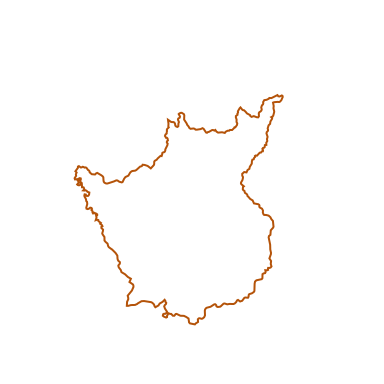 the district of Presidente Olegário, Minas Gerais, Brazil, rotated 35°
{"feature_id": "56859067B97776867728690", "entity_name": "Presidente Olegário", "entity_type": "district", "adm_level": 2, "iso_a3": "BRA", "parent_name": "Brazil", "parent_adm1": "Minas Gerais", "projection": "albers", "projection_center": [-46.371, -18.162], "detail": "fine", "context": "isolated", "style": "outline", "palette": "amber", "viewbox_px": 384, "rotation_deg": 35, "n_neighbors": 0, "source": "geoboundaries", "source_scale": "gbopen_adm2", "svg_char_len": 6068}
<svg xmlns="http://www.w3.org/2000/svg" viewBox="0 0 384 384"><g transform="rotate(35 192 192)"><path d="M206.4,63.6L203.2,69.5L201.4,70.6L201.4,71.6L200.2,73.7L198.5,75.3L198.7,77.6L199.5,78.4L199.9,79.6L199.6,80.9L200.2,83.0L201.7,84.3L202.1,85.4L202.0,86.6L201.4,88.0L201.5,89.1L203.4,91.6L203.4,92.9L202.2,93.6L199.1,94.4L197.7,96.3L196.2,96.3L195.4,95.7L191.9,96.1L189.8,95.5L187.7,95.2L186.8,95.7L185.8,95.7L183.2,94.9L183.0,96.1L183.3,99.6L184.2,100.6L184.2,101.7L185.0,102.6L184.4,104.6L185.1,105.7L187.0,107.1L188.3,109.1L189.7,109.8L190.4,111.3L190.4,114.2L189.7,114.6L189.8,115.7L189.3,118.2L187.5,119.4L187.3,120.4L186.0,121.4L185.0,123.4L185.0,124.8L182.4,125.8L179.3,128.4L177.4,128.5L175.5,127.8L175.1,128.9L174.1,129.0L173.0,129.6L171.4,133.0L170.6,133.9L170.3,134.9L169.4,135.2L165.3,133.6L164.0,133.7L163.0,135.5L160.3,138.1L159.1,138.9L157.9,138.7L156.8,139.1L154.5,141.1L152.9,141.0L151.7,140.3L149.4,139.7L148.5,139.0L144.0,137.2L141.7,133.6L140.7,132.9L138.2,133.0L137.3,133.7L136.6,134.9L136.4,135.8L138.8,137.0L139.3,138.1L138.6,139.8L139.0,140.8L141.2,142.2L141.5,143.5L143.1,146.1L142.7,147.1L141.5,147.4L140.3,147.2L138.9,145.8L137.7,145.2L136.4,145.5L135.6,146.2L134.6,146.6L130.9,146.6L133.6,149.6L135.0,151.9L135.9,152.4L135.5,154.5L135.8,155.7L136.6,156.4L136.9,157.4L137.7,158.6L137.3,160.1L137.7,161.6L139.7,162.5L140.4,162.0L141.3,162.2L142.7,163.6L142.4,164.9L143.1,166.0L144.3,166.3L145.0,167.8L145.7,172.4L146.3,173.3L146.6,174.5L146.4,175.3L145.7,176.0L145.3,177.1L146.0,178.3L146.5,180.0L145.5,180.4L144.6,184.3L144.6,185.7L143.6,187.9L143.7,188.9L145.0,190.8L145.3,191.9L144.7,196.3L140.7,196.1L137.7,197.0L135.9,198.0L136.1,199.0L135.9,199.8L134.9,201.0L133.8,205.9L133.2,207.1L131.0,209.1L130.5,210.2L130.2,211.4L130.5,215.1L128.9,217.9L128.8,220.0L129.4,223.6L129.0,224.4L126.6,225.3L124.4,225.3L123.3,225.9L122.0,228.1L118.6,232.6L117.7,233.7L116.7,234.3L115.0,234.6L113.8,234.2L112.9,233.3L110.9,230.8L109.9,230.4L108.1,230.3L103.4,230.7L102.8,231.7L102.5,233.3L99.7,234.9L96.9,234.6L96.3,233.9L95.2,233.5L94.2,233.6L91.6,232.7L90.7,232.9L89.9,233.7L88.8,233.7L87.9,234.1L87.5,235.1L86.9,235.7L84.5,235.7L84.0,236.6L84.7,237.7L84.6,241.9L86.3,242.2L86.7,244.1L87.8,245.2L87.9,248.0L88.9,248.8L91.0,247.0L92.1,245.0L93.1,244.7L93.9,245.8L93.7,246.8L92.6,247.2L91.7,248.1L93.4,248.7L93.7,249.5L93.6,251.7L94.5,251.8L95.5,251.4L96.2,250.7L96.4,249.3L95.4,248.8L95.3,247.7L96.6,247.9L99.2,251.2L100.5,250.4L101.5,250.9L102.2,251.7L102.0,253.1L103.1,252.5L103.8,251.6L105.1,251.5L106.2,251.8L108.2,251.3L109.2,253.2L109.2,254.6L108.3,255.5L107.3,255.7L106.5,255.0L105.4,255.5L105.8,256.6L106.6,257.4L109.0,258.5L110.8,260.2L111.7,260.3L113.1,261.9L114.4,265.5L115.2,266.2L116.4,265.8L117.1,264.9L117.6,263.2L118.8,262.7L119.9,263.3L119.9,264.4L121.8,264.9L122.3,265.9L123.3,266.3L123.8,265.1L124.8,264.9L125.7,265.4L126.1,264.6L127.2,264.7L127.7,265.5L127.3,266.6L128.5,267.8L129.3,270.3L130.0,269.3L131.3,268.7L132.1,269.5L135.1,269.6L135.0,270.7L137.3,270.8L138.3,271.4L137.8,272.6L138.5,273.5L140.7,273.8L141.4,275.0L142.2,277.4L143.1,278.0L146.1,279.1L148.2,282.0L150.1,282.5L152.4,282.7L154.2,284.3L155.5,284.9L160.0,285.0L164.4,285.8L167.3,286.9L169.3,289.4L170.3,290.2L171.1,290.6L173.1,290.8L173.7,291.5L174.0,292.4L173.8,294.4L174.5,295.2L175.4,295.8L178.3,296.7L180.2,298.1L184.3,297.8L188.2,298.4L191.7,298.1L192.4,301.6L196.7,301.6L197.5,302.1L198.5,303.3L199.3,307.2L198.8,313.8L200.5,315.3L201.3,316.4L201.8,319.2L203.9,322.6L205.0,321.9L206.9,319.6L210.1,317.2L211.3,315.2L211.5,314.3L213.3,310.4L215.3,308.8L221.7,305.7L223.0,305.5L225.3,305.9L227.0,307.1L228.1,307.4L229.6,304.2L229.5,301.9L230.9,298.9L231.4,296.0L232.7,296.5L233.4,297.3L234.5,297.6L234.9,298.7L234.6,300.2L234.8,301.6L236.7,303.0L240.2,304.4L240.4,305.9L239.9,307.2L239.0,307.7L238.5,308.7L239.1,310.1L240.4,310.2L242.8,309.7L243.3,308.8L242.6,307.8L242.3,304.8L244.1,304.4L244.9,303.8L247.3,304.3L248.5,303.5L248.6,301.4L249.3,300.7L253.5,300.0L256.4,298.1L258.7,297.7L261.7,297.6L264.4,300.5L265.7,300.8L270.3,298.8L270.4,297.6L271.5,295.0L269.8,292.9L270.0,291.7L270.7,291.0L272.5,290.4L273.2,289.7L273.8,287.6L273.4,285.6L270.6,281.9L270.1,280.7L270.1,279.3L270.5,278.3L273.0,275.4L274.7,271.2L275.5,270.6L276.7,270.8L277.6,271.6L278.7,271.6L279.6,271.0L281.0,269.6L281.9,265.4L282.7,264.6L285.3,263.8L286.9,262.2L290.3,259.9L291.0,258.6L291.3,256.9L291.1,254.9L291.6,254.0L294.2,254.1L295.5,252.3L295.6,248.7L296.1,247.9L298.5,246.5L298.4,245.4L297.5,243.7L297.5,242.8L299.2,240.6L300.0,238.4L299.9,237.3L295.9,231.2L295.0,229.2L295.4,227.4L299.1,223.4L299.1,222.2L296.9,218.9L297.3,217.7L298.4,216.5L298.2,215.3L296.9,214.0L298.5,213.0L299.0,212.2L298.2,211.3L297.9,210.5L299.0,209.8L299.7,208.8L299.8,207.4L297.8,205.8L296.4,203.2L293.5,202.0L292.3,197.7L291.6,196.5L289.1,194.2L286.3,190.4L280.8,185.2L280.3,183.9L280.8,182.1L278.5,178.2L278.9,174.8L278.7,173.7L274.9,169.3L272.5,168.7L270.7,167.7L268.3,167.4L265.9,168.3L264.3,169.4L263.4,169.3L261.8,168.2L260.8,166.5L258.9,165.5L256.7,165.8L255.6,165.5L255.2,164.6L254.4,164.0L253.3,164.0L249.3,165.8L246.5,164.1L243.6,164.3L241.0,163.6L239.8,163.5L239.0,162.7L238.0,162.3L235.8,162.3L234.3,161.0L233.0,161.1L232.0,160.6L230.9,158.6L231.2,157.6L227.8,157.3L227.1,156.8L226.7,156.0L226.5,153.4L225.8,151.6L225.2,150.5L223.8,149.8L222.7,148.3L223.3,145.7L225.4,144.7L224.9,142.1L225.7,140.1L224.9,138.2L224.7,134.5L223.4,132.4L222.9,130.9L223.8,129.8L223.3,128.4L223.6,127.1L222.9,126.4L223.2,125.6L224.4,125.0L224.9,121.0L225.9,120.1L225.9,118.7L226.7,118.0L226.2,117.0L224.9,116.3L224.9,115.2L225.5,114.6L225.8,113.6L224.8,111.8L225.9,110.8L224.6,109.1L224.4,107.0L223.0,105.6L222.6,104.2L222.1,103.3L219.4,101.3L218.9,100.1L219.1,98.2L218.5,97.3L217.5,96.5L216.5,93.4L216.9,91.4L215.8,89.3L215.6,86.2L215.2,85.3L214.0,85.2L214.6,84.0L214.8,83.0L213.6,79.7L213.1,78.8L210.7,76.7L209.6,74.7L207.1,72.3L207.8,71.3L210.4,69.1L211.8,68.3L212.3,67.4L212.5,65.5L211.8,62.1L211.1,61.4L210.2,61.4L209.0,63.5L207.8,64.1L206.4,63.6Z" fill="none" stroke="#b45309" stroke-width="2"/></g></svg>